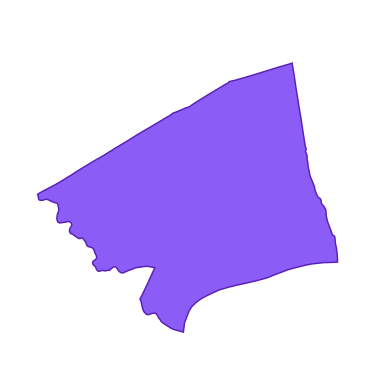 the district of Thi xa Hong Ngu, Ðong Tháp, Vietnam, rotated 277°
{"feature_id": "81297802B45020933584847", "entity_name": "Thi xa Hong Ngu", "entity_type": "district", "adm_level": 2, "iso_a3": "VNM", "parent_name": "Vietnam", "parent_adm1": "Ðong Tháp", "projection": "mercator", "projection_center": [105.358, 10.825], "detail": "fine", "context": "isolated", "style": "filled", "palette": "violet", "viewbox_px": 384, "rotation_deg": 277, "n_neighbors": 0, "source": "geoboundaries", "source_scale": "gbopen_adm2", "svg_char_len": 4247}
<svg xmlns="http://www.w3.org/2000/svg" viewBox="0 0 384 384"><g transform="rotate(277 192 192)"><path d="M140.2,345.0L147.3,343.8L153.5,342.3L158.2,340.7L164.9,339.2L165.9,338.4L166.2,337.5L166.3,336.8L179.9,329.8L185.0,328.1L190.2,327.1L192.9,325.5L195.9,322.4L196.7,321.6L198.1,321.4L199.5,321.1L201.0,320.1L202.2,318.0L202.8,317.2L205.0,316.0L208.4,314.1L212.5,312.7L217.8,309.8L222.4,307.2L226.5,305.9L231.2,304.2L233.5,303.8L236.4,303.0L238.2,302.3L240.4,302.1L242.6,301.6L245.2,300.2L246.0,299.7L248.7,300.1L251.0,298.9L264.7,295.0L280.8,290.5L289.9,287.7L296.1,286.0L306.9,282.8L321.6,278.8L331.9,275.7L332.1,275.7L331.0,273.3L326.0,261.6L320.7,249.9L317.5,242.8L314.5,236.0L311.5,229.0L308.1,221.0L306.1,215.4L304.7,214.7L303.0,212.1L298.3,206.1L290.1,195.6L284.3,188.4L282.5,186.1L278.2,181.1L276.2,178.9L274.6,175.4L271.6,170.3L269.3,166.2L268.0,163.6L266.2,161.8L264.4,159.7L263.0,157.6L259.6,153.3L256.3,149.1L243.0,131.7L239.5,127.4L232.5,118.7L232.2,118.3L225.9,110.1L223.1,106.8L222.4,105.8L218.9,101.6L215.6,97.3L212.5,93.0L209.2,88.8L208.1,87.4L205.8,84.5L202.5,80.3L199.2,76.1L195.7,71.9L193.5,69.5L192.3,67.7L188.8,63.4L185.3,59.0L182.2,54.8L179.3,50.6L176.4,46.4L172.1,40.4L171.6,39.8L171.0,39.3L170.6,39.0L170.3,39.3L169.7,39.6L168.8,40.0L167.3,40.3L166.3,40.6L165.5,41.3L165.3,42.4L165.3,43.3L165.7,45.1L166.1,45.9L166.6,46.8L166.9,47.4L167.0,47.7L167.0,48.8L166.9,49.5L166.7,50.4L166.3,51.7L165.8,53.0L165.5,53.6L165.3,54.8L165.0,55.8L164.6,57.8L164.5,59.0L164.3,59.5L164.1,59.9L163.9,60.1L163.4,60.3L162.2,60.7L160.8,61.2L159.1,61.8L158.2,61.9L157.4,61.9L156.5,61.8L156.0,61.7L154.4,61.3L153.2,61.1L149.2,61.0L146.4,62.1L145.5,62.8L145.2,64.3L145.6,66.1L146.1,67.9L147.1,71.4L147.4,72.0L147.6,72.6L147.6,73.2L147.5,74.2L147.3,74.9L146.6,75.7L146.0,76.1L145.4,76.4L144.5,76.6L144.0,76.6L143.6,76.5L143.0,76.2L142.4,75.9L141.6,75.5L140.7,75.2L139.9,75.1L138.9,75.1L138.1,75.2L137.2,75.7L136.5,76.1L136.1,76.6L135.7,76.9L136.1,77.8L136.1,78.0L134.8,79.8L133.9,81.6L133.4,82.5L132.8,83.5L132.1,85.2L132.1,86.6L132.7,87.5L133.0,88.2L132.9,88.9L132.0,90.0L130.4,91.5L128.8,92.9L127.8,93.3L126.1,94.2L125.3,95.3L125.2,96.0L125.1,96.7L124.9,97.4L124.8,98.0L124.6,98.9L124.5,99.4L124.3,99.9L124.1,100.5L123.9,100.9L123.7,101.0L123.3,101.2L122.6,101.6L121.9,102.1L121.5,102.5L121.0,102.6L120.1,102.8L119.0,103.5L118.6,103.9L117.9,104.4L116.9,104.9L116.2,105.1L115.7,105.3L115.2,105.4L113.9,104.9L113.4,104.6L113.0,104.3L112.6,103.8L111.9,102.9L111.1,102.3L110.3,102.0L109.5,102.0L108.6,102.2L107.8,102.8L107.2,103.6L106.5,104.8L106.0,105.3L105.5,105.6L104.5,106.0L103.8,106.5L102.7,107.5L102.1,108.3L102.0,109.5L102.3,110.4L102.8,111.3L102.9,111.6L103.1,112.2L103.3,112.8L103.2,113.5L103.1,114.8L103.2,115.9L103.6,116.7L104.1,117.8L104.2,118.3L104.1,119.6L104.6,120.0L106.2,121.3L107.7,122.8L108.1,123.5L108.3,124.3L108.3,124.9L108.2,125.5L107.7,126.4L105.8,127.8L104.1,129.6L103.3,131.2L103.2,132.7L103.5,133.7L105.7,137.3L108.4,142.5L109.7,144.9L110.5,147.2L111.1,149.7L111.5,151.0L112.2,153.6L112.5,155.0L112.7,156.4L112.8,157.0L112.7,159.1L112.4,164.2L111.4,164.0L111.0,163.9L110.0,163.6L108.5,163.1L107.3,162.7L101.6,160.9L96.3,159.3L95.2,158.9L90.5,157.3L86.2,155.9L85.1,155.5L83.2,154.9L80.1,153.7L79.4,153.4L78.9,153.9L78.3,154.2L77.6,154.5L76.9,154.9L76.1,155.2L74.5,155.7L73.3,156.1L72.4,156.4L71.1,156.9L70.3,157.3L69.5,157.6L68.5,158.1L67.9,158.5L67.3,158.9L66.7,159.5L66.4,159.9L65.9,160.6L65.3,161.3L65.0,161.6L64.9,162.1L64.9,162.6L64.9,163.3L65.0,163.8L65.4,164.8L65.7,165.5L66.3,166.6L66.6,167.0L66.8,167.8L67.0,168.4L67.0,168.9L67.1,169.4L67.1,170.1L67.0,170.5L66.8,171.2L66.5,171.6L66.1,172.1L65.2,172.7L64.7,173.1L63.5,173.8L63.1,174.1L62.7,174.5L62.2,174.9L62.1,175.2L61.4,175.9L60.3,176.8L59.4,177.5L58.4,179.2L57.6,180.8L56.4,183.3L55.5,185.2L54.3,187.6L53.5,189.8L53.4,190.2L51.9,200.5L52.5,200.5L54.9,200.5L57.6,200.6L61.3,200.5L67.9,202.2L73.7,203.6L75.1,204.3L77.9,205.6L82.3,209.0L85.5,212.2L88.7,216.1L91.7,220.6L96.7,228.6L97.9,230.4L101.0,237.6L101.5,238.6L104.4,246.3L111.6,266.3L116.1,277.3L120.2,284.6L122.0,288.0L123.5,291.0L126.4,296.3L128.5,301.4L133.0,313.0L135.2,319.6L137.8,330.7L138.1,332.3L138.6,335.7L139.5,341.5L140.2,345.0Z" fill="#8b5cf6" stroke="#5b21b6" stroke-width="1.5"/></g></svg>